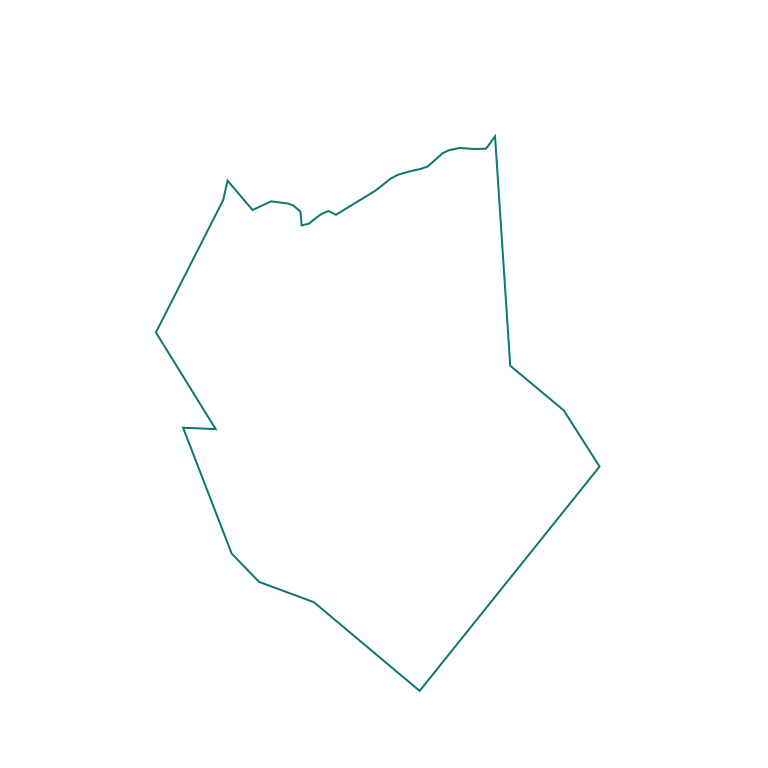 outline of Paraú, Rio Grande do Norte, Brazil, rotated 22°
{"feature_id": "56859067B96268545119008", "entity_name": "Paraú", "entity_type": "district", "adm_level": 2, "iso_a3": "BRA", "parent_name": "Brazil", "parent_adm1": "Rio Grande do Norte", "projection": "natural_earth1", "projection_center": [-37.138, -5.774], "detail": "fine", "context": "isolated", "style": "outline", "palette": "teal", "viewbox_px": 768, "rotation_deg": 22, "n_neighbors": 0, "source": "geoboundaries", "source_scale": "gbopen_adm2", "svg_char_len": 633}
<svg xmlns="http://www.w3.org/2000/svg" viewBox="0 0 768 768"><g transform="rotate(22 384 384)"><path d="M394.2,112.8L390.5,127.6L378.6,132.7L365.7,136.8L356.7,142.9L352.0,147.9L343.0,166.0L336.6,171.5L331.6,174.8L324.2,180.3L318.5,184.9L313.5,190.7L303.5,208.1L276.0,245.1L267.6,244.4L262.0,250.2L258.2,256.4L254.5,263.3L248.2,267.8L242.0,255.5L233.0,252.4L227.2,252.7L211.0,256.9L196.9,271.9L162.8,254.1L166.0,273.7L153.2,421.6L244.8,488.9L214.1,499.8L306.3,598.3L342.3,614.3L400.8,612.6L532.0,655.2L614.8,379.8L560.5,341.1L503.0,322.6L494.2,319.8L478.9,288.1L394.2,112.8Z" fill="none" stroke="#0f766e" stroke-width="2"/></g></svg>